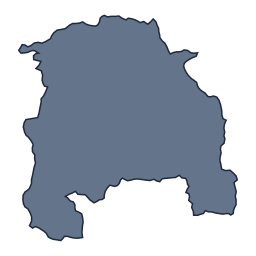 the district of Sorocaba, São Paulo, Brazil
{"feature_id": "56859067B96974971144138", "entity_name": "Sorocaba", "entity_type": "district", "adm_level": 2, "iso_a3": "BRA", "parent_name": "Brazil", "parent_adm1": "São Paulo", "projection": "robinson", "projection_center": [-47.447, -23.47], "detail": "fine", "context": "isolated", "style": "filled", "palette": "slate", "viewbox_px": 256, "rotation_deg": 0, "n_neighbors": 0, "source": "geoboundaries", "source_scale": "gbopen_adm2", "svg_char_len": 3192}
<svg xmlns="http://www.w3.org/2000/svg" viewBox="0 0 256 256"><path d="M226.1,120.2L223.0,118.7L221.9,115.0L221.7,110.5L220.5,104.5L218.9,100.1L216.8,97.1L213.4,96.0L210.8,96.8L208.0,96.6L205.0,93.0L201.3,90.7L199.0,88.5L197.5,85.8L196.6,82.4L194.0,80.4L190.9,78.2L187.8,74.8L186.2,72.3L184.9,69.9L183.7,66.6L184.1,63.7L186.2,61.4L189.5,59.3L192.7,57.6L196.2,56.2L197.6,52.8L194.3,53.2L190.9,52.8L187.5,50.4L184.1,49.9L182.1,51.3L179.1,51.8L176.6,51.8L173.2,52.6L170.3,54.0L168.5,51.0L166.8,46.7L165.0,43.3L162.1,40.8L159.9,37.6L159.6,34.6L158.8,31.8L158.6,28.5L157.4,25.9L155.8,21.6L153.2,19.0L150.9,21.5L147.8,24.2L143.7,21.5L140.1,22.6L137.3,20.9L134.8,19.7L131.8,18.8L128.2,18.2L126.1,19.9L122.0,18.2L118.9,16.0L115.2,16.4L111.8,16.3L107.5,16.9L104.4,15.4L102.0,16.4L100.2,18.2L99.4,22.0L98.0,24.6L96.1,26.0L93.1,25.9L89.1,25.2L85.8,24.0L82.7,21.9L79.3,23.1L75.8,23.5L72.6,23.5L69.8,25.0L65.3,28.6L61.5,29.4L57.2,30.1L53.7,32.9L51.8,35.7L50.4,38.8L47.6,40.4L45.0,41.9L41.7,43.2L38.1,42.3L34.1,43.1L30.7,45.8L27.7,46.8L25.0,45.0L22.2,44.6L20.5,47.6L18.7,50.3L20.9,53.1L24.5,52.9L27.6,52.4L29.8,51.4L32.3,50.5L34.8,50.8L38.6,53.2L35.8,53.6L33.5,55.7L33.7,59.6L37.6,60.6L40.9,61.4L39.1,65.2L35.9,68.5L38.2,69.5L41.3,70.8L42.6,75.2L42.1,80.1L43.1,83.6L44.5,86.1L47.6,86.9L45.9,91.3L43.6,95.9L41.1,98.9L41.2,101.8L40.2,106.8L39.1,112.7L37.7,117.6L25.9,119.6L24.2,122.7L23.3,126.9L24.5,131.9L26.1,135.3L28.2,137.0L30.9,140.4L33.2,144.5L32.3,147.9L32.5,151.7L34.8,155.1L34.6,158.7L35.5,163.1L34.2,167.0L33.5,170.5L32.5,175.6L31.5,179.7L31.5,183.6L29.4,188.5L27.2,190.5L25.1,191.9L23.1,195.2L22.9,199.8L23.5,203.8L25.0,206.9L28.0,208.9L30.3,213.2L31.6,216.8L31.6,221.0L29.5,225.7L32.5,228.1L35.3,226.6L38.6,227.8L41.1,229.4L43.8,231.1L46.4,233.4L48.3,237.0L50.8,238.4L53.3,239.3L57.4,239.9L60.7,240.6L62.7,238.7L64.4,236.4L67.9,236.4L70.1,237.2L73.4,237.9L77.3,238.2L79.9,237.9L82.6,237.5L81.9,232.4L82.2,229.3L82.5,225.6L83.1,222.3L82.6,217.8L81.7,213.8L78.5,212.0L75.6,210.8L74.9,208.0L74.9,204.6L73.3,201.9L70.1,200.9L67.8,198.0L65.3,196.4L69.0,194.3L72.1,193.1L75.4,191.3L77.9,194.3L81.8,194.6L85.3,194.8L87.1,196.7L89.8,199.8L94.0,202.8L97.1,201.3L99.3,199.8L101.9,199.5L104.1,198.2L104.3,194.9L105.2,191.5L107.5,187.6L109.9,185.2L114.8,186.4L117.4,185.5L119.3,183.3L120.5,180.0L122.4,178.1L124.6,179.4L127.5,180.7L131.1,180.1L133.6,179.3L137.4,178.9L142.6,179.6L146.0,180.1L149.7,180.5L154.0,179.3L156.5,180.9L159.7,181.7L162.1,178.8L165.3,178.4L171.2,177.8L175.4,177.5L179.3,175.3L181.9,177.9L185.8,178.4L187.1,181.5L187.5,184.3L189.0,186.3L187.2,189.3L185.9,192.5L188.9,193.8L189.5,196.7L188.7,200.4L192.5,203.7L191.7,207.5L193.4,211.5L193.6,215.2L197.8,215.3L200.0,214.4L203.4,213.5L205.3,210.7L208.3,211.8L211.5,211.9L216.2,213.1L220.7,213.8L223.1,214.1L226.0,213.6L228.6,213.6L230.8,215.0L233.3,213.4L233.4,210.7L234.5,207.7L236.0,204.9L236.1,200.1L235.3,196.3L236.2,191.6L234.9,186.6L234.0,182.5L237.3,179.9L236.2,176.1L232.9,172.7L230.0,170.2L225.6,170.6L221.6,169.1L220.8,164.0L219.9,160.4L220.1,157.2L221.1,153.1L220.4,148.9L221.0,145.9L224.0,143.3L224.9,138.8L223.9,135.9L224.7,132.4L223.9,128.2L224.4,124.5L226.1,120.2Z" fill="#64748b" stroke="#1e293b" stroke-width="1.5"/></svg>